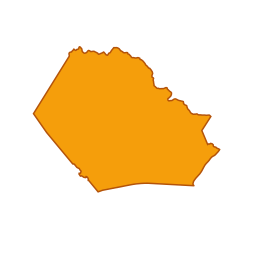 Lepaera, Lempira, Honduras (Mercator projection), rotated 112°
{"feature_id": "27666195B68722731922498", "entity_name": "Lepaera", "entity_type": "district", "adm_level": 2, "iso_a3": "HND", "parent_name": "Honduras", "parent_adm1": "Lempira", "projection": "mercator", "projection_center": [-88.631, 14.834], "detail": "fine", "context": "isolated", "style": "filled", "palette": "amber", "viewbox_px": 256, "rotation_deg": 112, "n_neighbors": 0, "source": "geoboundaries", "source_scale": "gbopen_adm2", "svg_char_len": 5385}
<svg xmlns="http://www.w3.org/2000/svg" viewBox="0 0 256 256"><g transform="rotate(112 128 128)"><path d="M78.4,110.2L78.7,111.3L79.0,111.7L79.5,113.0L79.7,113.4L79.8,113.6L79.8,114.7L80.2,115.5L80.3,115.9L80.3,116.0L79.8,117.4L79.3,118.7L79.1,119.3L79.0,119.7L78.9,119.8L78.7,119.9L77.7,120.3L77.3,120.7L75.3,121.8L74.8,122.1L74.6,122.3L74.4,122.5L73.5,122.8L72.6,122.8L72.2,123.1L72.0,123.5L71.9,124.6L71.6,124.9L70.2,125.5L69.0,125.5L68.1,125.6L67.7,125.9L67.3,126.2L66.6,126.8L66.4,127.1L66.3,127.4L65.8,127.9L65.5,128.4L64.5,130.3L64.7,131.2L64.6,131.4L64.5,131.7L64.2,132.1L63.5,133.4L63.3,133.8L63.1,134.8L62.3,135.9L61.9,136.3L61.6,136.8L60.5,138.8L60.1,139.8L60.0,140.2L59.7,141.4L59.8,141.7L59.9,142.4L59.9,142.5L59.4,142.8L59.1,143.1L58.9,143.3L58.9,143.7L58.9,144.6L59.0,145.1L59.2,145.5L59.4,145.8L59.7,146.1L60.0,146.7L60.2,147.1L60.4,147.5L60.5,148.2L60.7,149.3L60.8,149.6L61.2,150.4L61.2,150.6L61.2,151.0L61.0,151.4L60.8,151.8L60.3,152.4L59.6,154.0L59.3,154.5L59.3,155.0L59.3,155.5L59.3,155.9L58.4,156.6L58.4,157.1L58.6,157.7L58.9,158.2L59.5,159.2L59.6,159.4L59.8,160.6L59.7,160.8L59.4,161.3L59.2,162.7L59.1,162.9L59.2,163.4L59.2,163.7L58.9,164.0L58.4,165.0L57.9,165.8L57.8,166.1L57.7,166.7L57.6,167.4L57.7,168.5L57.9,169.1L58.5,170.3L58.7,170.8L58.7,171.1L58.8,171.2L58.9,171.3L59.2,171.4L61.0,171.9L62.1,172.3L64.1,172.6L64.7,172.8L65.0,172.9L65.2,173.1L65.3,173.2L65.6,173.5L66.0,173.9L66.3,173.9L67.2,174.0L67.5,174.0L68.3,174.5L68.3,175.2L68.3,175.6L68.3,175.8L68.2,176.0L67.4,177.4L67.2,177.9L66.8,178.6L66.7,179.0L67.1,179.4L67.7,179.7L67.8,179.8L69.1,181.2L70.2,182.2L70.4,182.6L70.6,182.8L70.6,183.1L70.5,183.4L70.3,183.6L70.1,183.9L70.0,184.0L69.8,185.7L69.8,186.6L69.6,188.0L69.7,188.5L70.0,189.1L70.3,189.7L70.7,190.3L70.9,190.8L71.0,191.1L71.1,191.3L71.0,191.5L70.8,192.6L70.8,193.1L70.8,193.4L70.9,193.6L71.1,193.8L71.6,194.1L72.0,194.2L72.5,194.3L72.9,194.5L73.5,194.7L73.9,195.0L74.2,195.3L74.6,195.8L74.9,196.2L75.0,196.6L75.0,197.0L74.8,197.4L74.5,198.5L74.3,198.9L74.1,199.1L73.7,199.4L72.1,200.4L71.8,200.7L71.6,201.1L71.4,201.6L71.0,202.2L70.9,202.6L70.8,202.9L70.8,203.2L70.9,203.3L71.1,203.5L71.3,203.6L71.8,203.6L72.9,203.5L73.1,203.5L73.3,203.6L74.0,204.3L74.5,205.0L75.0,205.2L75.4,205.3L75.6,205.5L75.7,205.8L75.7,206.1L75.6,206.5L75.3,207.0L75.2,207.3L75.2,207.7L75.3,207.9L75.8,207.9L76.3,208.0L76.6,208.1L77.1,208.4L78.6,208.9L78.7,209.0L78.8,209.1L79.3,209.9L79.6,210.2L79.9,210.4L80.3,210.6L80.8,210.6L81.3,210.5L83.0,209.5L83.5,209.4L83.9,209.4L84.0,209.4L84.2,209.5L150.1,221.0L162.7,201.7L182.0,165.8L182.0,165.6L182.0,165.4L181.9,165.3L181.8,165.2L181.7,165.1L181.7,164.4L181.7,164.0L181.8,163.8L182.4,163.0L183.0,161.8L183.3,161.3L183.6,160.8L183.7,160.3L183.7,159.9L183.9,159.0L183.8,158.2L183.9,157.9L184.4,157.4L184.6,157.1L185.0,156.6L185.1,156.2L185.2,155.9L185.5,155.6L185.7,155.4L185.8,155.3L186.1,155.2L187.0,155.2L187.4,155.1L187.7,155.1L187.9,155.3L188.1,155.7L188.2,156.0L188.2,156.3L188.4,156.3L188.7,156.2L189.0,156.2L190.3,154.3L190.4,154.1L189.9,153.5L189.8,153.3L189.8,153.1L189.9,152.7L189.9,152.3L189.9,151.9L190.0,151.5L190.2,151.0L190.2,150.4L190.2,149.9L190.0,149.5L189.9,148.7L189.6,148.4L189.4,148.5L188.9,148.7L188.7,148.7L188.6,148.4L188.7,147.8L189.1,146.8L190.0,145.8L190.3,145.6L190.5,145.5L190.8,145.5L191.2,145.5L191.3,145.4L191.5,145.2L191.4,145.0L191.3,144.9L198.4,131.8L195.2,128.2L178.9,103.1L178.1,101.8L176.6,99.2L175.9,97.8L174.5,95.1L173.2,92.3L171.8,89.0L156.9,45.5L156.8,45.4L156.6,45.6L156.3,46.1L156.2,46.3L155.8,46.6L155.3,46.9L154.6,47.0L153.8,47.1L153.1,47.2L152.4,47.1L151.8,47.0L151.0,46.8L149.1,46.3L147.2,45.6L144.5,44.6L143.7,44.3L142.8,44.1L141.2,43.7L139.9,43.5L136.0,43.1L134.5,42.9L133.3,42.7L131.4,42.1L129.4,41.3L128.0,40.8L127.3,40.6L125.6,40.2L124.4,39.8L123.6,39.5L123.0,39.1L122.3,38.6L121.5,37.9L121.1,37.6L120.5,37.2L119.8,36.9L118.5,36.4L116.0,35.5L114.5,35.1L113.9,35.0L113.6,35.0L113.4,36.0L113.4,36.3L113.4,37.4L113.3,38.5L112.9,39.2L112.9,39.7L113.0,40.1L113.1,40.7L113.1,41.5L112.8,42.0L112.6,42.3L112.3,42.4L111.9,42.5L111.6,42.8L111.1,44.2L111.3,45.4L111.3,45.6L112.0,46.1L112.3,46.3L112.5,47.0L112.7,47.5L113.0,47.8L113.4,48.0L102.7,58.6L86.3,55.5L85.7,57.0L85.6,57.3L85.6,57.6L87.0,60.4L87.0,60.6L87.1,61.0L87.3,61.8L88.3,64.3L88.6,65.4L89.3,67.3L89.4,67.7L89.4,68.1L89.3,68.4L89.1,68.9L89.1,69.1L89.2,69.3L89.3,69.8L89.5,70.1L89.9,70.6L90.4,71.9L90.6,72.1L90.7,72.3L90.8,72.7L90.7,73.5L90.8,73.9L90.7,74.1L90.7,74.5L90.4,75.6L89.5,76.8L88.8,77.7L88.7,78.0L88.5,78.5L88.1,79.4L88.0,79.6L87.7,80.0L86.7,80.9L86.4,81.2L85.6,81.7L85.4,81.9L85.3,82.0L85.2,82.3L85.3,83.6L84.9,84.8L84.7,85.4L84.4,85.6L84.2,85.9L83.9,86.0L83.5,86.1L83.1,86.4L82.8,86.6L82.8,86.8L82.8,87.3L83.0,88.4L83.2,89.9L83.4,91.3L83.4,91.9L83.2,94.0L83.2,94.6L83.3,95.0L83.4,95.3L83.6,95.6L83.9,96.0L84.2,96.3L84.6,96.6L85.3,97.0L85.6,97.2L85.9,97.4L86.0,97.5L86.3,98.0L86.9,99.3L87.1,99.5L87.3,99.8L87.5,100.1L87.5,100.3L87.5,100.5L87.4,101.0L87.1,101.4L86.9,101.6L86.6,101.8L86.4,101.9L86.1,102.0L85.8,102.0L85.6,101.9L85.2,101.6L84.1,101.0L82.3,100.3L81.3,100.3L80.2,100.4L79.8,100.6L79.5,100.7L79.2,100.8L79.1,101.0L78.8,101.4L78.6,101.7L78.5,102.1L78.4,102.8L78.2,103.4L77.7,104.6L77.2,105.9L77.2,106.0L76.5,106.5L76.3,106.7L76.2,106.8L76.1,107.0L76.2,107.5L76.3,107.9L77.1,108.8L77.4,109.0L77.7,109.4L78.2,109.9L78.4,110.2Z" fill="#f59e0b" stroke="#b45309" stroke-width="1.5"/></g></svg>